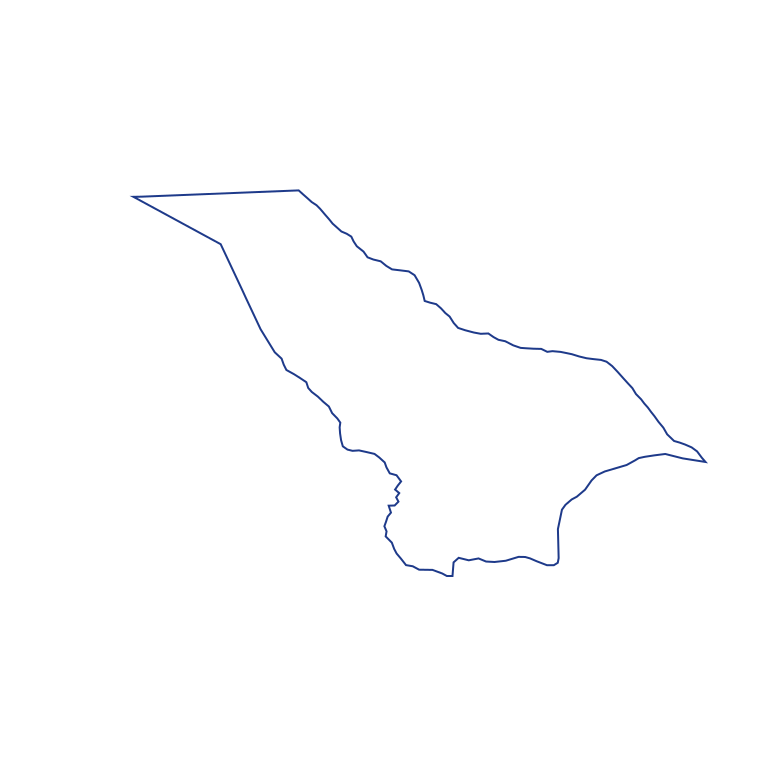 Piranhas, Alagoas, Brazil (Equal Earth projection), rotated 303°
{"feature_id": "56859067B38301719438839", "entity_name": "Piranhas", "entity_type": "district", "adm_level": 2, "iso_a3": "BRA", "parent_name": "Brazil", "parent_adm1": "Alagoas", "projection": "equal_earth", "projection_center": [-37.725, -9.506], "detail": "fine", "context": "isolated", "style": "outline", "palette": "blue", "viewbox_px": 768, "rotation_deg": 303, "n_neighbors": 0, "source": "geoboundaries", "source_scale": "gbopen_adm2", "svg_char_len": 2215}
<svg xmlns="http://www.w3.org/2000/svg" viewBox="0 0 768 768"><g transform="rotate(303 384 384)"><path d="M404.5,71.9L412.3,170.9L385.5,214.1L381.0,221.2L362.7,250.7L351.1,275.1L349.5,284.3L345.6,289.4L342.6,294.5L343.2,303.0L343.3,310.1L343.2,317.9L339.4,322.6L338.0,327.7L337.4,335.4L336.0,342.8L335.1,350.0L331.3,356.4L329.7,363.6L327.8,368.4L323.5,370.4L318.6,374.1L313.5,378.6L309.3,383.4L309.1,389.1L310.8,394.0L314.7,399.2L317.3,406.1L320.2,414.1L319.8,419.9L318.6,427.3L315.4,431.5L312.2,437.5L314.3,444.2L311.6,451.4L306.5,450.9L301.5,450.8L300.8,456.2L295.6,455.9L293.2,460.2L287.9,459.1L284.5,454.2L279.9,459.9L274.8,459.3L269.6,460.7L264.9,461.8L261.8,466.4L257.1,468.4L255.2,477.0L251.2,482.4L248.7,486.9L246.8,493.2L244.1,501.1L246.8,507.4L247.4,514.6L254.5,525.9L256.8,536.0L257.2,541.3L260.3,546.0L272.3,539.5L278.9,541.3L282.3,551.1L289.2,558.3L290.7,566.3L294.9,573.6L302.1,582.4L312.3,591.0L315.8,596.6L317.3,601.5L318.5,608.6L320.8,619.4L324.5,625.1L328.7,627.1L333.1,625.3L350.9,613.1L357.0,608.9L375.5,601.7L381.6,602.0L389.4,604.3L394.5,607.1L404.9,610.2L416.2,610.6L423.2,612.0L430.9,616.8L448.2,631.6L456.8,636.2L460.6,638.0L465.0,642.4L471.4,649.6L478.5,658.0L484.3,675.0L493.7,696.1L495.3,690.6L498.0,683.3L498.4,676.5L497.2,669.4L495.9,663.9L494.2,658.3L496.0,648.9L499.5,642.1L501.8,634.7L504.3,628.4L506.0,623.3L508.0,618.0L509.4,612.9L511.2,608.0L512.8,600.8L515.8,594.6L517.3,588.6L519.1,581.8L521.4,573.4L523.3,565.6L523.9,558.5L522.4,552.9L518.9,546.0L515.9,539.8L513.4,532.7L511.3,525.3L509.4,520.4L507.1,514.6L503.3,507.4L499.9,503.4L499.1,496.8L495.1,490.3L491.4,483.8L488.7,478.9L486.8,471.3L485.9,462.4L483.4,455.9L483.0,450.3L483.2,444.0L478.8,437.8L476.1,431.3L473.3,422.8L471.4,415.6L473.1,409.3L476.3,402.3L476.9,396.8L478.5,390.6L479.4,384.3L477.3,378.3L475.8,372.9L479.8,368.7L483.4,364.4L487.9,358.4L491.9,350.4L491.9,343.4L488.3,336.0L484.5,328.3L484.3,321.7L485.1,314.4L482.6,307.3L481.3,301.2L483.9,294.7L484.7,286.2L487.0,280.9L489.8,276.3L489.7,270.9L488.7,265.2L489.7,258.9L490.5,253.6L492.3,248.1L493.8,242.8L496.1,235.1L497.2,230.0L497.2,224.3L498.2,218.1L499.0,212.6L499.9,207.0L409.1,78.7L404.5,71.9Z" fill="none" stroke="#1e3a8a" stroke-width="2"/></g></svg>